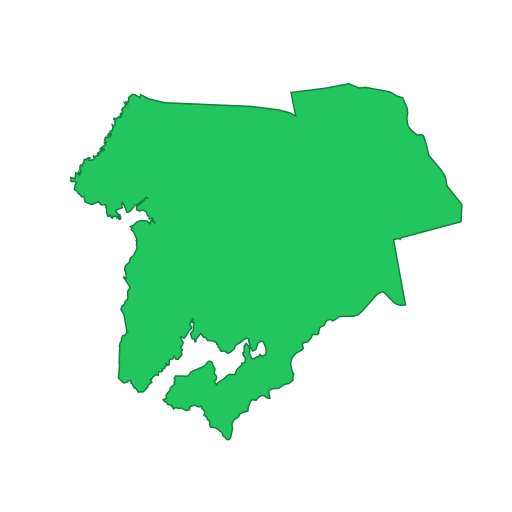 the district of Manurewa Local Board Area, Auckland, New Zealand, rotated 10°
{"feature_id": "76426892B47640846355576", "entity_name": "Manurewa Local Board Area", "entity_type": "district", "adm_level": 2, "iso_a3": "NZL", "parent_name": "New Zealand", "parent_adm1": "Auckland", "projection": "equal_earth", "projection_center": [174.869, -37.024], "detail": "fine", "context": "isolated", "style": "filled", "palette": "green", "viewbox_px": 512, "rotation_deg": 10, "n_neighbors": 0, "source": "geoboundaries", "source_scale": "gbopen_adm2", "svg_char_len": 6061}
<svg xmlns="http://www.w3.org/2000/svg" viewBox="0 0 512 512"><g transform="rotate(10 256 256)"><path d="M295.8,78.5L262.1,88.9L270.8,111.3L264.3,109.1L253.4,108.2L225.4,109.5L139.7,120.9L123.1,119.9L114.5,117.2L114.1,120.2L108.9,118.2L106.1,118.3L103.0,122.0L103.8,124.7L103.1,125.8L103.6,126.9L101.5,126.8L102.8,128.8L99.9,127.8L101.1,129.3L100.9,130.8L101.6,132.0L99.3,133.0L98.3,135.4L99.6,136.7L99.3,139.9L98.1,138.9L97.6,139.7L99.1,142.6L98.0,143.0L97.1,142.3L94.1,145.7L92.8,144.8L92.1,145.3L92.3,146.3L94.1,146.3L93.7,148.2L94.5,151.2L93.3,152.3L91.7,151.8L92.9,154.5L92.4,156.3L93.0,157.5L90.7,158.3L90.7,160.4L89.4,161.6L90.0,162.0L92.2,160.5L92.5,161.3L91.7,163.2L89.2,163.2L90.2,164.8L87.4,165.1L86.5,168.0L88.9,170.4L88.1,171.0L86.4,170.4L88.6,172.3L84.4,176.8L87.7,176.7L88.2,178.3L87.3,178.9L85.8,177.9L85.6,179.3L84.8,177.8L84.2,178.0L84.3,180.3L83.1,181.4L84.5,182.0L84.3,182.7L82.6,182.9L81.9,181.8L83.2,184.9L81.6,184.7L80.3,186.2L78.8,185.8L79.7,188.4L79.4,189.3L75.1,190.8L74.8,189.7L75.6,188.4L74.7,188.0L72.6,189.5L72.3,190.6L70.2,190.6L70.1,193.6L69.0,195.8L69.4,197.3L67.6,196.9L67.0,198.1L67.7,200.4L67.3,201.6L69.2,202.7L68.7,206.3L68.2,207.0L67.6,206.6L67.5,204.0L66.7,203.6L66.3,206.2L64.0,205.3L64.5,211.2L60.0,210.9L60.9,214.8L65.2,214.2L66.5,214.7L65.5,217.7L65.5,222.0L68.7,223.3L69.7,224.9L73.5,227.1L73.6,228.0L76.2,227.3L78.3,232.4L85.3,233.9L91.5,229.8L94.4,232.5L99.2,231.6L100.1,232.7L99.6,233.9L101.1,236.4L101.1,238.5L102.9,242.4L104.1,242.7L105.3,241.0L105.9,242.4L107.8,243.6L107.9,242.6L108.8,242.3L108.6,241.6L112.5,241.3L112.6,242.5L113.6,241.6L113.8,242.7L115.2,242.7L114.9,243.7L116.0,243.4L116.1,241.2L115.2,241.4L115.0,239.1L114.2,239.1L114.4,240.4L113.6,240.9L113.7,238.7L112.3,238.9L112.3,238.1L110.1,236.6L110.6,235.0L115.9,231.7L114.9,229.3L114.8,227.0L115.4,226.2L116.0,226.1L116.1,228.3L117.5,228.7L121.3,235.5L123.3,234.8L125.4,232.0L127.8,227.1L130.4,225.5L129.5,228.3L132.2,223.5L135.8,220.5L137.6,217.0L139.0,218.0L137.4,218.1L135.6,221.6L130.1,228.3L130.4,231.2L133.5,232.0L136.6,230.2L140.5,231.7L142.1,235.0L144.0,235.8L144.5,237.6L143.9,238.3L147.6,236.7L148.4,239.2L151.2,241.4L146.9,238.7L145.8,241.0L146.2,242.4L145.4,242.9L143.0,240.5L137.5,240.8L134.8,241.9L132.5,243.6L129.7,247.4L127.2,248.7L129.0,249.5L128.6,251.9L131.1,253.2L136.0,260.7L135.3,261.5L136.0,261.9L136.6,266.8L137.7,268.9L135.2,276.9L132.9,279.6L132.2,282.2L132.6,283.8L129.5,287.7L129.0,289.6L129.1,292.7L130.5,294.6L132.2,300.4L131.1,300.9L129.8,299.5L129.2,299.9L137.5,308.6L135.7,313.3L137.0,319.1L136.8,321.1L135.2,323.3L134.7,326.6L132.8,328.5L132.2,332.0L136.2,336.7L141.6,351.6L142.9,353.0L141.9,353.4L141.1,356.3L138.5,357.6L137.9,361.6L138.4,362.5L137.4,364.8L137.0,367.9L137.7,369.8L139.8,385.5L140.5,386.9L141.7,399.9L142.5,400.7L147.8,404.0L150.9,402.6L152.9,400.5L154.6,400.3L154.8,402.5L156.1,403.2L159.0,407.1L161.1,407.5L163.5,410.5L168.4,409.4L172.0,404.4L172.6,401.5L175.4,398.5L173.8,397.2L174.5,395.9L173.7,395.8L177.4,390.5L180.4,390.4L180.2,386.9L183.0,386.4L183.8,385.3L183.2,384.0L185.6,382.4L185.2,381.1L186.2,380.7L186.6,379.5L185.7,377.0L187.8,378.9L188.9,378.8L189.3,377.7L188.6,373.2L192.0,371.6L192.7,368.9L195.3,371.5L197.4,371.2L197.5,369.9L198.7,369.0L200.1,366.1L199.2,363.2L199.8,361.2L198.3,359.9L197.5,358.1L198.6,357.6L199.4,354.0L195.6,349.1L196.0,348.6L199.5,349.5L201.5,345.9L201.2,345.5L202.8,341.7L205.2,338.0L204.6,336.6L202.2,335.2L204.8,327.9L205.1,330.7L204.4,332.3L207.3,332.7L206.4,334.4L207.2,339.8L205.1,343.9L207.4,348.6L209.9,348.5L210.6,351.1L211.5,350.8L211.3,348.8L214.9,342.0L218.7,345.2L220.2,344.5L223.1,347.6L228.2,347.1L232.1,348.2L232.8,349.8L234.1,350.0L234.9,352.8L236.7,353.4L237.1,355.2L238.3,356.0L241.7,354.9L245.0,356.8L246.9,355.7L250.8,351.3L250.9,348.8L251.8,347.1L256.2,343.4L258.3,340.6L261.8,338.3L263.8,339.1L263.4,340.7L264.1,342.3L267.9,349.1L269.5,350.2L272.1,348.0L273.1,341.5L275.7,338.8L278.2,339.4L281.4,344.3L282.7,348.4L282.7,351.5L279.0,353.9L279.0,353.3L277.0,352.3L275.8,355.0L274.3,355.3L271.8,357.4L269.5,357.7L266.7,353.3L265.5,346.8L261.6,343.8L260.0,346.3L261.0,352.5L259.9,353.6L260.7,356.0L263.3,358.4L263.7,361.8L262.0,364.0L260.8,363.9L260.7,366.0L257.0,370.9L255.6,376.6L250.7,377.1L248.3,378.9L246.7,381.4L240.8,387.1L239.5,389.8L236.8,386.7L238.1,384.7L238.3,382.5L237.8,381.1L235.2,378.8L235.3,374.3L232.0,370.5L231.6,368.7L229.0,367.5L227.4,368.1L224.2,373.5L212.1,381.4L210.9,384.4L209.5,386.2L197.7,388.1L196.8,390.8L197.8,392.5L197.1,394.6L197.7,394.9L197.6,397.2L194.5,400.6L194.6,403.2L192.2,407.1L191.7,408.9L192.4,411.8L189.5,413.6L190.9,415.0L193.8,415.8L194.6,417.5L198.8,417.6L198.9,418.7L200.1,419.1L201.3,421.2L202.7,419.4L206.7,419.5L209.0,418.8L214.3,420.4L216.7,419.2L217.3,417.9L217.0,416.3L221.1,413.6L226.0,414.5L227.8,413.5L229.9,416.1L231.1,416.4L232.8,419.1L232.4,421.9L236.0,423.6L236.5,425.5L238.6,426.3L240.0,431.0L241.1,432.4L245.9,432.2L249.6,433.7L250.9,435.0L252.9,435.5L254.8,438.9L257.4,440.1L258.4,441.4L260.6,441.8L262.0,440.8L262.6,438.2L262.8,429.9L261.6,426.4L261.7,424.2L263.1,420.8L266.8,417.4L267.2,414.7L270.8,411.9L274.9,410.3L274.7,406.5L275.7,399.9L277.5,398.2L281.2,398.0L283.1,394.5L285.8,392.5L288.2,392.2L292.3,394.0L294.4,393.7L292.1,387.3L292.5,385.8L295.3,383.9L301.2,382.4L305.8,377.9L310.7,375.7L314.0,372.0L313.3,369.2L313.7,365.7L311.6,363.3L308.7,355.9L309.0,351.3L309.9,348.5L312.2,344.9L317.7,340.4L318.8,338.6L317.2,335.7L317.1,333.6L322.0,331.4L324.4,327.1L325.4,323.4L330.2,322.8L331.2,321.1L330.8,320.3L331.3,315.4L335.1,312.4L336.6,307.5L340.3,305.4L343.0,306.6L349.1,301.0L362.5,298.3L366.2,296.5L369.9,292.3L382.1,272.5L386.0,269.4L388.8,269.7L399.3,277.5L402.5,279.0L407.0,279.5L411.7,278.3L388.6,216.0L393.4,214.0L395.1,214.6L395.8,212.8L452.0,186.6L449.8,169.6L431.9,153.8L428.8,145.3L423.8,139.5L408.7,126.8L403.9,115.6L400.0,108.5L398.4,107.9L393.6,108.8L387.1,105.1L382.9,101.3L380.6,93.9L380.6,89.2L379.4,84.5L372.9,74.7L366.9,74.0L359.7,71.2L334.7,70.9L328.0,72.7L317.6,70.2L295.8,78.5Z" fill="#22c55e" stroke="#15803d" stroke-width="1.5"/></g></svg>